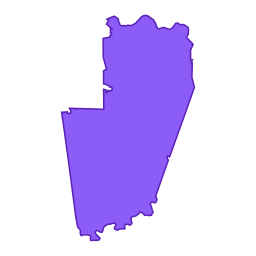 the district of Miguel Alemán, Tamaulipas, Mexico
{"feature_id": "50627088B85594866218636", "entity_name": "Miguel Alemán", "entity_type": "district", "adm_level": 2, "iso_a3": "MEX", "parent_name": "Mexico", "parent_adm1": "Tamaulipas", "projection": "natural_earth1", "projection_center": [-99.092, 26.233], "detail": "fine", "context": "isolated", "style": "filled", "palette": "violet", "viewbox_px": 256, "rotation_deg": 0, "n_neighbors": 0, "source": "geoboundaries", "source_scale": "gbopen_adm2", "svg_char_len": 5675}
<svg xmlns="http://www.w3.org/2000/svg" viewBox="0 0 256 256"><path d="M77.5,226.6L79.2,228.9L79.6,229.2L79.9,229.4L80.1,229.6L80.2,229.8L80.3,230.7L80.3,232.8L80.3,233.1L80.3,233.6L80.5,234.4L80.9,235.1L80.9,235.3L81.1,235.5L81.5,235.6L81.9,235.6L82.1,235.6L82.3,235.5L82.8,235.1L83.2,234.9L84.0,234.8L84.4,234.8L84.8,234.8L87.3,234.9L87.6,235.0L88.0,235.1L89.4,235.4L89.8,235.5L90.2,235.8L90.5,236.0L90.7,236.3L90.8,236.4L90.8,236.6L90.6,237.4L90.4,238.1L90.4,238.8L90.5,239.4L90.7,240.2L90.8,240.4L91.0,240.6L91.4,240.6L92.5,240.3L93.2,240.3L93.8,240.2L96.1,240.4L97.3,240.4L97.9,240.2L98.7,240.0L99.3,239.6L99.7,239.1L99.9,238.7L99.9,238.3L99.8,238.2L99.7,238.0L99.3,237.3L97.5,235.8L96.8,235.1L96.2,234.3L95.7,233.5L95.5,233.3L95.4,232.9L95.4,232.6L95.4,232.4L95.4,232.1L95.5,231.8L95.6,231.5L95.8,231.2L96.3,230.7L96.5,230.6L96.9,230.6L97.6,230.7L97.8,230.7L98.3,230.9L99.1,231.5L99.9,231.9L100.8,232.2L101.5,232.3L101.8,232.3L102.0,232.2L102.4,231.8L102.5,231.3L103.0,229.8L103.4,228.4L103.6,227.9L103.8,227.4L104.3,226.6L104.5,226.4L104.9,226.1L105.5,225.8L107.0,224.8L107.5,224.5L108.2,224.3L108.5,224.2L109.4,224.2L109.8,224.2L110.6,224.0L111.5,223.7L112.1,223.5L112.7,223.4L113.5,223.3L114.0,223.3L114.6,223.3L114.9,223.4L115.1,223.5L115.4,223.9L115.6,224.3L115.9,224.9L115.9,225.1L115.8,225.4L115.8,225.6L115.7,225.8L115.1,226.4L115.0,226.6L114.7,227.1L114.3,228.0L114.2,228.3L114.2,228.5L114.9,229.1L115.4,229.4L115.8,229.7L116.3,229.9L116.7,230.0L117.1,230.1L117.5,230.1L118.1,229.9L119.2,229.3L119.6,229.1L120.3,229.0L120.8,228.9L121.3,228.9L122.3,228.9L122.6,228.9L123.0,228.8L124.3,228.9L124.5,228.8L124.8,228.7L125.0,228.3L125.0,228.1L124.9,227.6L124.8,227.3L124.6,226.7L124.5,226.3L124.6,226.0L124.7,225.7L124.9,225.3L125.3,224.7L125.6,224.5L125.8,224.4L126.0,224.4L126.9,224.3L127.5,224.2L127.8,224.2L128.1,224.3L128.5,224.5L128.9,224.9L129.2,225.0L129.4,225.1L129.7,225.1L130.0,225.0L131.4,224.1L131.6,223.9L131.8,223.7L131.9,223.2L131.9,222.8L131.6,221.8L131.3,220.6L131.1,220.1L131.1,219.8L131.2,218.1L131.3,217.7L131.4,217.4L131.6,217.2L132.0,216.9L132.8,216.6L133.5,216.4L134.6,216.2L135.7,216.0L136.8,215.2L137.2,214.9L138.4,214.0L138.8,213.7L139.2,213.3L139.7,212.7L140.1,212.3L140.3,212.2L140.6,212.1L140.9,212.1L141.2,212.1L141.9,212.8L143.0,213.4L143.2,213.5L143.5,213.8L143.8,214.2L144.0,214.6L144.1,214.9L144.5,215.2L144.9,215.3L145.5,215.4L146.1,215.3L146.8,215.1L147.3,215.1L147.6,215.1L148.7,215.6L149.1,215.6L149.7,215.5L150.1,215.4L150.4,215.3L151.1,215.4L151.5,215.2L151.7,214.7L151.8,214.2L151.9,213.8L152.1,213.6L152.6,213.2L152.8,213.0L152.9,212.8L152.9,212.6L153.0,212.0L152.9,211.5L152.7,211.0L152.2,210.0L151.5,207.0L151.2,206.1L150.4,204.5L150.4,203.9L150.8,203.1L151.5,202.3L152.0,201.9L152.5,202.0L153.0,202.3L153.7,202.6L154.6,202.8L155.3,202.7L155.7,202.5L156.8,200.1L156.9,199.5L156.8,198.8L156.6,198.0L156.2,197.1L155.5,196.6L164.1,172.1L168.4,160.0L168.3,159.9L168.0,159.7L167.7,159.4L167.5,158.7L167.3,158.2L167.3,157.5L167.2,157.1L167.0,156.9L167.2,156.5L167.2,156.3L167.3,156.2L167.9,156.1L168.2,156.2L168.3,156.4L168.9,156.2L169.3,156.5L169.6,156.8L183.8,117.3L194.4,87.4L191.9,77.2L192.2,66.3L192.2,62.5L191.0,62.5L192.4,59.8L190.6,59.8L190.6,59.3L190.6,59.1L190.6,51.0L190.3,50.9L190.5,50.2L193.0,44.7L192.3,44.4L192.6,43.7L191.9,43.0L191.2,42.1L190.5,41.6L189.7,40.8L189.0,40.0L188.2,39.1L187.1,38.3L187.0,38.1L186.9,37.8L186.9,37.0L187.0,36.4L187.2,36.0L187.9,34.8L188.2,34.2L188.3,33.8L188.4,31.4L188.5,29.9L188.4,28.6L188.1,27.8L187.8,27.2L187.3,26.8L184.8,25.2L184.1,24.8L183.2,24.5L182.6,24.5L182.1,24.6L180.9,24.7L180.2,24.6L179.9,24.4L179.1,24.0L178.3,23.4L177.9,23.1L177.5,23.0L176.9,23.1L176.2,23.2L175.7,23.4L175.3,23.8L173.2,26.7L172.5,27.6L171.9,28.2L171.4,28.5L171.0,28.9L170.5,29.1L170.1,29.2L169.7,29.2L168.8,29.2L166.9,28.6L165.8,28.1L165.1,27.7L164.2,27.5L163.4,27.5L162.5,27.7L161.4,28.0L160.1,28.6L159.5,28.7L158.6,28.7L158.0,28.5L157.6,28.2L156.7,26.7L156.5,26.0L155.8,24.0L155.5,23.2L155.1,22.5L154.9,22.2L154.3,21.4L154.1,21.1L153.8,20.3L153.6,20.0L153.3,19.7L152.9,19.4L151.8,18.7L151.3,18.3L150.7,17.9L150.2,17.6L149.4,17.0L149.0,16.7L148.8,16.4L148.5,16.2L147.7,15.9L146.1,15.5L145.5,15.4L144.9,15.4L144.2,15.5L143.6,15.7L143.0,16.0L142.3,16.4L141.3,17.0L140.8,17.4L140.4,17.8L140.0,18.5L139.5,19.2L138.3,20.4L137.8,20.8L136.8,21.9L136.5,22.3L136.1,22.8L135.1,23.5L133.7,24.3L132.1,25.3L131.8,25.4L131.4,25.5L130.3,25.6L128.8,25.3L127.9,25.3L127.1,25.4L125.8,25.8L125.2,25.8L123.0,25.5L122.4,25.8L122.1,26.0L121.9,26.0L121.4,25.7L120.6,25.4L120.1,24.8L119.6,23.7L119.5,23.3L119.2,23.1L119.0,22.7L118.9,22.3L118.7,21.8L118.6,21.1L118.6,20.8L118.3,19.5L118.0,18.9L117.6,18.4L116.5,17.6L115.0,16.7L114.4,16.4L114.2,16.2L111.7,17.1L110.3,17.7L108.7,18.3L106.9,19.2L107.6,19.6L107.8,19.2L108.7,19.9L108.4,20.8L106.4,24.1L111.8,28.8L111.4,28.8L110.4,28.5L110.5,30.2L110.4,32.2L110.7,31.8L110.8,32.5L111.1,32.7L111.7,34.9L110.0,35.6L110.1,37.1L103.1,38.4L103.1,40.3L103.2,45.9L103.2,47.6L103.2,55.3L103.3,57.5L106.5,69.1L103.5,70.9L103.6,82.9L103.6,84.0L105.9,84.3L107.4,85.4L108.6,85.5L109.8,87.2L111.7,86.9L112.3,89.8L110.7,90.4L110.9,90.6L110.2,90.9L110.1,91.1L109.1,91.4L108.9,91.3L108.6,90.7L108.2,90.6L108.1,90.4L107.9,90.4L107.6,90.6L107.2,92.4L106.3,92.8L105.8,90.3L105.7,89.9L105.7,89.7L105.2,89.8L103.6,89.3L103.6,90.1L103.8,109.3L92.4,108.9L85.2,108.7L79.3,108.5L76.9,108.5L76.8,108.9L75.2,108.9L75.1,108.4L69.4,108.3L69.9,109.3L70.7,109.5L70.8,113.0L69.8,113.0L68.9,113.8L68.3,113.6L67.7,113.1L67.4,113.1L67.4,111.9L65.8,112.0L65.8,111.9L63.7,112.5L63.7,112.2L62.2,112.2L61.6,112.2L64.5,132.1L68.7,162.8L75.5,214.7L77.5,226.6Z" fill="#8b5cf6" stroke="#5b21b6" stroke-width="1.5"/></svg>